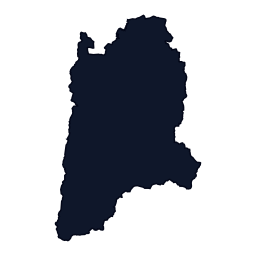 Chae Hom, Lampang, Thailand (orthographic projection)
{"feature_id": "78962969B2527199912665", "entity_name": "Chae Hom", "entity_type": "district", "adm_level": 2, "iso_a3": "THA", "parent_name": "Thailand", "parent_adm1": "Lampang", "projection": "orthographic", "projection_center": [99.662, 18.738], "detail": "fine", "context": "isolated", "style": "filled", "palette": "ink", "viewbox_px": 256, "rotation_deg": 0, "n_neighbors": 0, "source": "geoboundaries", "source_scale": "gbopen_adm2", "svg_char_len": 5721}
<svg xmlns="http://www.w3.org/2000/svg" viewBox="0 0 256 256"><path d="M165.8,19.9L165.5,19.4L164.3,18.9L159.3,18.1L158.3,17.6L156.5,17.6L155.4,16.9L153.7,16.3L153.1,16.4L150.1,18.0L145.3,18.8L144.3,16.1L143.4,15.4L139.5,17.6L137.5,18.1L135.5,19.2L132.5,18.9L128.6,19.9L127.7,19.7L127.8,20.3L127.3,21.0L127.7,21.1L128.2,23.1L127.5,23.5L127.1,23.4L126.7,24.0L127.1,24.6L126.0,25.9L125.9,26.5L126.2,26.7L125.7,27.2L126.1,27.3L126.3,28.3L125.8,28.6L125.4,28.5L124.4,29.3L124.8,29.5L124.8,30.4L124.1,30.0L123.8,30.3L123.6,29.9L122.3,30.1L122.3,29.7L122.1,29.8L121.5,29.5L121.5,29.1L121.0,28.7L120.5,28.8L120.6,28.5L120.2,28.3L119.0,28.9L119.2,29.2L118.9,29.7L118.1,30.0L116.4,33.9L116.7,34.5L117.7,34.1L118.5,34.4L118.3,35.0L117.1,35.2L116.4,36.1L116.7,36.4L118.0,36.2L118.1,36.6L117.3,37.7L118.6,37.7L118.9,38.2L116.6,38.5L116.6,39.4L115.6,40.6L112.6,42.4L112.1,44.5L111.4,44.6L108.8,43.8L108.1,43.9L104.6,47.6L104.7,48.1L106.1,49.2L106.2,49.9L105.6,51.8L105.6,53.8L104.9,54.2L104.5,54.9L104.0,55.1L102.6,55.0L101.2,54.5L99.9,54.7L98.7,54.3L93.4,54.7L88.4,54.1L87.5,50.7L87.3,47.8L87.8,47.4L89.9,47.3L93.0,48.1L93.7,47.9L93.4,43.5L93.7,41.8L91.8,40.4L90.3,38.2L87.5,37.5L86.9,36.7L86.6,35.0L85.4,33.0L83.8,33.2L81.3,32.4L80.8,32.9L80.5,34.0L80.9,35.4L80.5,38.1L80.8,38.7L82.0,40.0L82.0,40.7L80.8,42.0L79.3,42.5L78.6,43.1L78.2,44.8L78.6,47.5L77.7,49.7L78.1,51.9L77.7,53.4L78.0,56.5L79.0,57.2L79.2,57.8L78.6,60.3L76.0,62.4L75.9,63.9L74.8,64.5L74.4,66.2L73.3,66.6L71.6,68.4L71.4,69.1L70.8,69.7L70.2,71.9L70.8,72.7L70.2,73.4L71.5,76.3L71.1,77.0L71.3,77.6L71.0,78.2L71.6,79.9L72.6,81.2L71.2,83.8L69.5,85.3L69.0,86.5L69.2,87.3L70.4,88.5L70.1,90.8L73.5,93.1L72.1,97.8L72.0,98.8L71.2,100.1L71.8,101.0L73.1,101.3L73.7,101.7L74.3,101.7L74.6,102.4L75.4,102.6L75.6,104.1L77.4,105.3L77.6,105.9L73.8,106.3L72.2,108.5L72.3,109.1L73.1,109.8L72.6,110.9L72.9,112.6L72.7,113.9L71.6,115.9L71.3,117.0L70.8,117.2L70.0,119.5L70.2,119.9L70.0,120.7L69.3,121.7L69.9,123.2L69.1,125.1L69.6,126.4L69.7,127.9L68.9,129.8L69.2,130.6L69.1,132.2L69.8,133.0L69.4,134.1L69.4,135.0L67.7,138.0L68.2,138.9L67.0,139.2L68.4,140.5L66.9,144.3L66.2,145.0L64.9,154.6L65.2,155.8L64.8,157.0L64.2,157.6L64.4,158.5L63.3,161.2L63.2,163.2L62.8,164.5L63.4,166.5L64.3,167.9L65.1,168.4L64.7,169.7L65.3,170.8L65.2,171.6L66.2,172.8L66.4,173.4L66.3,173.9L64.8,175.4L64.8,180.0L62.7,182.0L62.7,182.6L63.3,183.4L61.7,185.8L60.8,189.4L61.3,193.7L62.2,194.3L62.9,195.2L63.2,196.6L62.6,198.2L62.6,199.6L61.7,201.2L61.1,209.6L60.2,211.3L59.2,212.3L58.5,214.4L58.7,215.6L59.4,216.6L58.6,217.3L58.7,219.4L57.8,220.4L57.5,221.7L56.9,222.6L56.2,222.4L55.6,223.0L55.5,223.5L55.7,224.7L56.8,225.2L56.8,225.7L57.6,226.3L57.4,227.5L56.5,228.8L56.5,229.4L57.4,230.9L57.5,231.9L58.2,234.0L58.8,234.6L58.7,235.6L58.3,236.3L58.7,237.5L60.6,238.2L62.7,239.7L64.5,240.3L66.2,240.0L67.9,240.6L69.4,239.7L70.6,238.0L71.4,235.8L72.1,235.6L72.9,234.8L75.9,234.5L76.6,234.9L77.8,234.7L80.0,235.0L81.0,234.6L84.8,234.4L86.2,233.4L88.3,233.4L89.2,232.8L88.8,231.9L89.0,231.1L92.0,228.3L93.6,228.8L94.1,229.2L94.1,229.6L95.0,229.7L95.1,230.1L96.9,230.0L97.5,228.9L98.6,229.1L99.2,228.6L100.8,229.8L102.8,230.0L103.5,229.1L103.4,226.8L102.8,225.7L104.1,220.8L104.8,220.1L105.7,220.2L107.4,219.8L107.9,218.4L111.1,216.1L112.4,216.3L112.5,215.3L113.5,214.2L113.7,212.7L115.2,211.1L114.8,209.7L114.8,207.8L113.7,207.2L113.5,206.8L114.8,206.0L115.8,203.2L116.3,201.0L116.3,200.1L116.7,199.0L117.7,198.6L119.2,197.1L120.1,196.6L121.4,197.3L122.0,197.2L121.5,195.2L121.6,193.8L125.4,191.1L126.5,190.9L127.2,191.7L129.9,191.6L130.8,189.4L131.9,188.3L132.4,187.4L134.5,185.9L137.4,185.6L143.4,187.2L144.7,188.2L148.6,188.2L150.0,188.5L151.7,185.2L153.3,184.3L156.5,183.5L157.8,184.2L160.3,184.7L161.1,184.0L162.1,183.8L162.7,184.2L163.4,184.2L163.9,183.0L164.6,182.4L165.7,180.7L167.6,180.7L168.6,179.7L169.4,179.4L170.2,179.6L171.7,180.9L172.7,181.3L173.7,182.5L175.4,182.1L176.0,182.3L177.2,183.7L177.6,184.6L179.1,185.0L180.0,186.3L181.2,185.9L181.7,186.3L182.5,186.1L183.3,186.6L184.3,186.5L185.3,187.4L186.0,187.5L186.8,188.8L187.7,188.6L188.1,188.9L190.2,188.5L191.0,187.6L191.4,186.1L191.1,182.8L191.6,180.6L192.6,179.3L194.5,178.2L195.0,177.1L195.9,176.5L196.2,175.1L195.3,173.0L196.9,171.5L196.7,170.4L197.2,169.8L197.4,168.6L199.2,166.8L199.4,165.9L200.2,164.9L200.5,162.9L200.1,162.6L196.8,162.3L194.4,159.8L192.8,157.6L191.0,156.4L190.3,154.7L189.9,152.0L189.5,151.3L189.8,150.4L189.6,149.4L188.1,149.3L187.6,148.5L186.1,148.1L184.8,148.2L184.8,146.6L184.5,145.1L184.0,144.2L182.9,143.9L182.6,143.0L181.2,143.2L180.1,143.9L178.9,144.2L178.1,143.2L177.4,143.0L176.7,142.3L174.4,142.3L174.6,141.2L174.1,138.8L174.8,136.8L174.3,135.8L174.4,133.2L173.7,132.2L174.3,131.6L174.6,130.5L174.1,129.3L174.2,127.8L175.5,126.0L178.6,126.0L178.7,124.8L179.2,124.2L179.1,123.5L180.2,123.6L180.6,123.4L180.8,121.9L182.6,118.8L182.3,117.6L182.6,116.0L182.4,115.2L183.0,112.8L182.0,111.3L182.6,110.4L183.6,110.0L183.6,107.2L183.4,105.5L181.8,101.1L183.1,99.9L183.6,98.6L185.9,97.1L186.5,96.1L186.5,95.3L185.5,93.4L185.5,91.8L184.9,90.6L185.5,89.4L184.9,85.4L185.2,83.9L184.8,83.1L186.3,79.7L186.6,77.0L185.7,74.0L184.1,72.6L184.0,71.3L183.5,70.7L183.9,69.7L183.3,69.5L184.0,68.6L183.9,67.0L184.8,65.6L184.7,62.7L184.3,62.4L183.0,62.5L181.6,61.7L179.4,61.8L179.1,61.6L178.9,57.8L179.5,57.1L179.2,55.7L179.5,52.6L177.2,52.0L176.3,49.4L176.0,49.0L171.9,50.0L171.5,48.4L170.1,48.1L169.0,46.5L168.5,44.4L167.5,43.6L166.0,43.4L166.0,42.4L165.2,41.8L165.3,41.1L166.4,40.8L167.7,41.4L169.3,41.8L170.2,41.5L171.3,40.9L171.7,39.4L172.7,37.8L171.2,36.0L170.2,34.2L168.8,33.5L167.6,31.8L166.7,31.1L165.9,27.9L164.6,26.1L164.9,23.7L165.3,22.9L165.2,21.8L165.8,21.1L165.8,19.9Z" fill="#0f172a" stroke="#020617" stroke-width="1.5"/></svg>